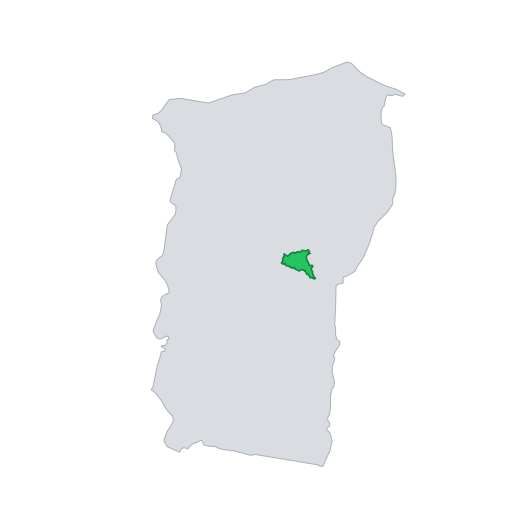 location of Kintampo South, Brong Ahafo, Ghana, rotated 190°
{"feature_id": "2480657B51466124780551", "entity_name": "Kintampo South", "entity_type": "district", "adm_level": 2, "iso_a3": "GHA", "parent_name": "Ghana", "parent_adm1": "Brong Ahafo", "projection": "robinson", "projection_center": [-1.864, 7.943], "detail": "fine", "context": "in_parent", "style": "filled", "palette": "green", "viewbox_px": 512, "rotation_deg": 190, "n_neighbors": 0, "source": "geoboundaries", "source_scale": "gbopen_adm2", "svg_char_len": 6775}
<svg xmlns="http://www.w3.org/2000/svg" viewBox="0 0 512 512"><g transform="rotate(190 256 256)"><path d="M310.2,52.8L313.8,56.6L314.6,58.9L313.3,67.2L310.7,73.1L309.0,78.6L309.2,81.3L310.8,84.0L316.4,88.4L319.2,91.1L322.5,95.4L326.4,99.5L333.0,104.9L335.7,105.9L335.6,107.4L334.7,109.5L334.2,129.6L333.7,134.7L333.2,137.4L332.6,144.9L331.9,145.9L330.6,145.9L329.5,146.1L329.2,147.6L329.7,149.2L333.7,150.3L332.8,151.4L329.8,152.4L328.5,154.7L329.1,157.3L327.5,159.3L327.9,160.7L329.0,161.7L330.6,161.4L335.3,157.9L337.2,157.5L339.6,158.2L344.1,163.5L344.2,166.1L342.5,175.0L340.7,181.8L340.4,190.9L342.3,196.0L342.0,198.8L340.0,201.2L335.4,204.7L335.8,207.2L337.9,211.6L341.7,216.6L349.3,222.8L353.3,230.8L353.4,234.1L351.0,237.4L348.3,240.2L347.5,244.3L348.7,271.3L342.8,282.9L342.7,286.3L343.3,290.2L344.9,292.5L347.9,293.1L350.4,295.4L349.6,303.6L348.3,312.0L348.1,316.0L347.3,318.0L345.0,319.5L344.1,322.2L344.7,325.4L344.3,327.8L345.6,331.0L348.3,334.9L352.7,344.5L354.3,345.3L355.1,347.3L354.6,349.3L356.3,353.5L361.2,357.8L366.3,361.5L370.4,362.1L371.4,365.4L374.1,369.7L376.1,371.5L379.2,372.7L381.8,373.4L382.0,377.0L377.3,379.4L374.2,383.1L371.8,388.8L368.5,395.0L357.1,398.2L352.7,398.2L329.2,398.4L307.3,410.6L294.7,414.9L286.9,421.8L276.4,426.7L269.1,432.6L254.0,435.4L229.1,444.8L221.3,448.5L213.4,454.9L200.6,462.5L195.6,462.4L185.6,455.3L178.0,451.8L159.6,446.3L145.8,444.2L139.2,441.9L137.4,441.5L138.9,438.9L142.8,438.8L146.8,439.6L149.8,437.6L154.3,437.4L155.5,435.3L155.9,430.2L155.8,426.1L157.4,424.2L157.8,419.3L155.6,408.5L154.0,407.3L146.0,405.7L145.4,403.6L144.0,401.3L142.4,395.8L140.7,387.5L137.9,377.2L132.5,360.3L131.2,354.3L130.2,348.2L130.0,340.9L131.2,338.2L131.0,334.4L130.5,330.7L134.3,322.0L141.8,311.5L143.3,307.7L144.7,305.0L144.9,301.2L146.3,288.9L149.8,274.0L152.1,268.4L153.6,265.4L155.4,260.4L155.9,258.1L162.8,252.3L165.9,250.7L166.6,248.4L165.5,245.9L166.0,244.2L167.7,243.4L170.2,242.7L172.0,240.3L169.1,221.9L166.8,203.6L166.7,202.1L165.3,199.6L163.9,192.0L161.6,187.6L158.4,186.3L158.4,182.2L161.6,175.1L162.5,171.0L160.9,169.8L160.7,166.6L161.8,161.4L161.3,158.2L160.7,154.8L157.3,146.8L156.5,141.1L158.2,137.8L158.2,130.5L156.3,119.4L156.1,112.3L157.3,109.4L156.7,106.6L154.3,103.9L154.1,101.3L156.2,98.8L155.9,96.8L153.3,95.4L151.0,92.0L148.9,86.5L149.3,77.8L153.3,61.7L153.7,60.3L158.2,60.4L158.2,61.1L171.9,60.9L187.6,60.8L206.4,60.6L223.4,60.4L224.2,59.6L227.0,58.8L244.2,60.4L255.0,59.6L259.6,60.1L262.9,61.2L270.4,60.5L274.3,60.9L277.3,64.9L278.6,64.9L280.2,63.2L283.2,61.3L286.2,59.7L288.4,56.6L289.7,54.2L291.7,54.7L294.5,54.5L296.4,52.6L297.1,49.5L310.2,52.8Z" fill="#d9dde1" stroke="#a8b0b8" stroke-width="1"/><path d="M205.2,266.2L204.8,266.6L204.2,267.2L204.1,267.3L203.8,267.5L203.6,267.7L203.8,267.7L204.0,267.7L204.3,267.6L204.2,267.8L204.1,268.0L204.3,268.3L204.6,268.3L205.0,268.3L204.9,268.4L204.8,268.5L204.3,268.7L204.0,268.9L203.9,268.9L203.9,269.0L204.1,269.4L204.1,269.5L204.4,269.6L204.4,269.8L204.5,270.0L204.6,270.4L205.1,270.9L205.3,271.0L205.5,271.0L205.9,271.2L207.4,269.7L209.6,269.7L211.6,269.7L211.6,269.4L211.8,268.9L211.9,268.7L212.0,268.6L212.1,268.4L212.1,268.2L212.4,267.9L212.6,267.8L212.7,267.7L213.0,267.7L213.5,267.6L213.8,267.6L214.0,267.7L214.3,267.9L214.6,267.6L215.0,267.4L215.2,267.5L215.3,267.4L215.6,267.2L216.1,267.2L216.3,266.9L216.5,266.9L216.7,266.7L216.8,266.7L216.8,266.4L217.1,266.3L217.3,266.3L217.4,266.2L217.6,266.0L217.6,265.8L217.8,265.7L218.0,265.7L218.3,265.6L218.5,265.7L219.0,266.0L219.3,266.1L219.5,266.0L219.9,266.0L220.0,265.9L220.0,265.7L220.3,265.6L220.7,265.7L220.8,265.7L221.3,265.3L221.7,265.2L221.9,265.0L222.0,264.6L222.3,264.2L222.5,264.0L222.7,263.9L223.0,263.9L223.1,263.5L223.1,263.2L223.2,262.9L223.4,262.7L223.8,262.5L223.9,262.4L224.1,262.0L224.2,261.9L224.4,261.8L224.5,261.4L225.0,261.3L225.4,261.4L225.5,261.4L225.6,261.5L225.7,261.8L225.8,261.9L226.8,262.1L227.0,262.1L227.4,262.1L227.6,262.4L227.7,262.5L227.8,262.5L228.0,262.6L228.2,262.9L228.3,263.0L228.5,263.1L228.7,262.8L228.7,262.6L228.7,262.4L228.6,262.1L228.4,261.9L228.3,261.6L228.2,261.5L228.2,261.4L228.2,261.2L228.3,261.1L228.4,260.9L228.5,260.6L228.5,260.4L228.4,260.4L229.1,259.0L229.2,258.6L229.2,258.4L229.2,258.2L229.2,257.9L229.2,257.7L229.2,257.4L229.0,257.2L228.9,257.0L228.9,256.9L228.9,256.7L228.7,256.6L228.7,256.4L228.7,256.1L228.8,255.7L229.0,255.0L229.1,254.9L229.3,254.8L229.6,254.4L229.6,254.2L229.6,253.4L228.5,253.1L228.4,253.0L228.3,252.8L228.1,252.8L227.9,252.9L227.2,252.7L227.1,252.9L226.8,252.9L226.8,253.0L226.7,253.2L226.6,253.3L226.7,253.5L226.5,253.8L226.2,253.5L225.9,253.3L225.8,253.2L225.6,253.1L225.6,252.7L225.4,252.6L225.1,252.0L224.9,251.7L222.0,251.7L221.4,251.6L221.3,251.3L221.2,251.3L221.0,251.2L220.9,251.2L220.2,250.7L219.9,250.6L219.9,250.9L219.6,251.2L219.4,251.2L219.2,251.0L219.2,250.7L218.7,250.7L218.4,250.6L218.1,250.5L217.7,250.5L217.2,250.6L216.9,250.5L216.6,250.9L216.6,251.1L216.5,251.3L216.4,251.3L216.3,251.2L216.0,251.2L215.8,251.1L215.4,250.7L215.2,250.3L215.2,249.9L214.5,249.7L212.5,249.2L210.7,248.7L210.6,248.8L210.4,249.0L210.0,249.6L209.6,249.9L209.4,250.1L209.2,250.4L209.0,250.5L208.9,250.5L208.7,250.5L208.2,250.4L207.9,250.4L207.4,250.2L207.2,250.2L206.9,250.3L206.5,250.3L206.2,250.3L205.9,250.2L205.9,249.9L205.6,249.6L205.2,249.7L204.9,249.9L204.7,249.3L204.5,249.0L204.2,248.7L203.9,248.4L203.6,247.8L203.3,247.6L203.2,247.4L202.9,247.2L202.5,246.7L201.8,246.7L201.5,247.0L199.7,245.0L199.2,244.4L199.0,244.2L199.0,243.9L198.9,243.9L198.6,244.1L198.3,244.2L198.1,244.2L197.9,244.2L197.7,244.2L197.2,244.3L196.9,244.3L196.7,244.2L196.4,244.0L195.9,243.8L195.6,243.8L195.4,243.7L195.0,243.7L194.7,243.6L194.4,243.6L194.1,243.6L193.9,243.8L193.8,244.1L194.0,244.4L194.0,244.5L193.9,244.7L194.0,244.8L194.1,245.0L194.4,245.0L194.8,244.9L195.0,245.0L195.2,245.5L195.3,245.8L195.5,245.9L195.6,246.0L195.7,246.4L195.8,246.5L196.0,246.7L196.0,246.8L196.1,247.1L196.2,247.3L196.4,247.5L196.5,247.5L196.8,247.6L196.9,247.8L197.0,247.8L197.0,248.0L197.2,248.5L197.3,248.6L197.3,248.8L197.3,249.0L197.5,249.3L197.6,249.5L197.6,249.8L197.6,250.1L197.5,250.3L198.1,251.1L198.7,251.8L199.2,252.2L199.3,252.2L199.3,252.4L199.2,252.6L199.3,252.7L199.2,253.0L199.3,253.1L199.3,253.5L199.2,253.6L199.2,253.8L199.3,253.9L199.3,254.0L199.2,254.1L199.0,254.3L198.9,254.4L198.8,254.6L198.7,254.7L198.7,254.8L198.6,255.0L198.4,255.3L198.2,255.5L198.3,255.7L198.4,256.0L198.5,256.1L198.8,256.4L198.9,256.5L199.0,256.5L199.6,256.6L199.9,256.5L200.1,256.3L200.4,256.1L200.5,256.1L200.8,256.0L201.0,255.8L201.5,255.8L201.6,256.1L202.0,256.6L202.2,257.1L202.6,257.4L203.1,258.3L204.1,259.7L204.9,260.7L205.5,261.6L206.3,264.6L206.0,265.1L205.9,265.3L205.7,265.7L205.2,266.2Z" fill="#22c55e" stroke="#15803d" stroke-width="1.5"/></g></svg>